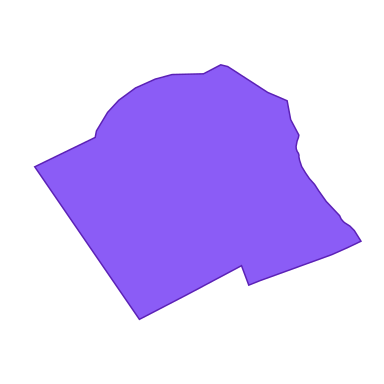 the district of Stewart, Tennessee, United States of America, rotated 154°
{"feature_id": "52423323B53848187527532", "entity_name": "Stewart", "entity_type": "district", "adm_level": 2, "iso_a3": "USA", "parent_name": "United States of America", "parent_adm1": "Tennessee", "projection": "orthographic", "projection_center": [-87.951, 36.503], "detail": "fine", "context": "isolated", "style": "filled", "palette": "violet", "viewbox_px": 384, "rotation_deg": 154, "n_neighbors": 0, "source": "geoboundaries", "source_scale": "gbopen_adm2", "svg_char_len": 686}
<svg xmlns="http://www.w3.org/2000/svg" viewBox="0 0 384 384"><g transform="rotate(154 192 192)"><path d="M295.1,100.6L266.2,101.3L238.8,102.0L179.8,104.1L181.8,83.4L169.6,82.5L93.6,74.4L75.7,73.8L61.7,73.7L63.0,86.1L65.0,92.1L68.2,97.3L69.0,99.1L69.8,102.4L69.7,106.0L75.5,124.6L77.6,137.4L78.5,145.0L80.6,152.5L81.6,159.3L82.3,166.8L81.4,173.3L80.5,176.8L79.7,178.2L79.4,180.1L79.7,182.3L79.4,185.0L78.5,187.3L75.3,191.6L72.5,194.3L71.0,196.3L71.6,213.8L66.5,232.3L80.3,248.3L104.9,289.1L110.4,293.7L129.9,293.2L158.4,306.3L175.5,309.6L197.2,310.3L217.5,306.6L232.9,300.6L251.1,288.8L255.1,283.5L322.3,283.6L295.1,100.6Z" fill="#8b5cf6" stroke="#5b21b6" stroke-width="1.5"/></g></svg>